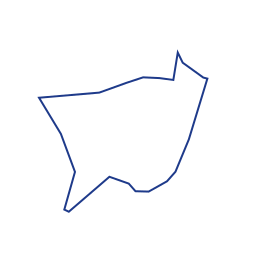 the district of Nam-gu [South District], Daegu, South Korea, rotated 244°
{"feature_id": "91817680B72214553011774", "entity_name": "Nam-gu [South District]", "entity_type": "district", "adm_level": 2, "iso_a3": "KOR", "parent_name": "South Korea", "parent_adm1": "Daegu", "projection": "equal_earth", "projection_center": [128.586, 35.828], "detail": "fine", "context": "isolated", "style": "outline", "palette": "blue", "viewbox_px": 256, "rotation_deg": 244, "n_neighbors": 0, "source": "geoboundaries", "source_scale": "gbopen_adm2", "svg_char_len": 415}
<svg xmlns="http://www.w3.org/2000/svg" viewBox="0 0 256 256"><g transform="rotate(244 128 128)"><path d="M174.0,205.8L151.3,189.8L159.1,178.1L166.9,163.8L169.3,146.2L172.4,117.7L194.2,61.3L152.1,65.1L111.8,61.1L82.6,35.0L78.7,38.1L92.3,89.9L77.7,104.3L67.9,107.0L61.8,118.7L63.0,139.7L67.9,151.5L91.1,177.7L137.6,221.0L140.3,217.8L162.7,205.8L174.0,205.8Z" fill="none" stroke="#1e3a8a" stroke-width="2"/></g></svg>